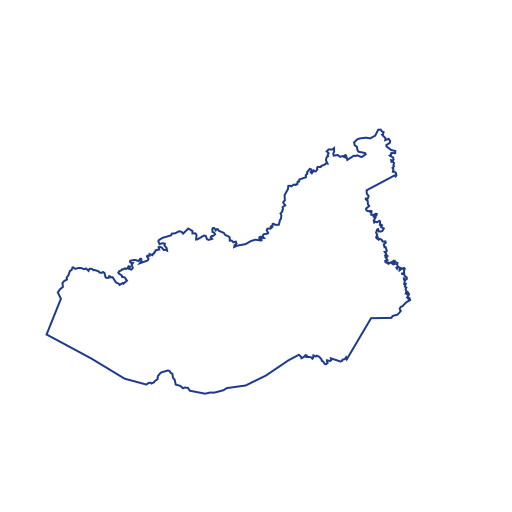 Cavally, Cavally, Ivory Coast (Mercator projection), rotated 119°
{"feature_id": "98640826B42717034718743", "entity_name": "Cavally", "entity_type": "district", "adm_level": 2, "iso_a3": "CIV", "parent_name": "Ivory Coast", "parent_adm1": "Cavally", "projection": "mercator", "projection_center": [-7.871, 6.299], "detail": "fine", "context": "isolated", "style": "outline", "palette": "blue", "viewbox_px": 512, "rotation_deg": 119, "n_neighbors": 0, "source": "geoboundaries", "source_scale": "gbopen_adm2", "svg_char_len": 6144}
<svg xmlns="http://www.w3.org/2000/svg" viewBox="0 0 512 512"><g transform="rotate(119 256 256)"><path d="M219.8,99.8L219.1,100.6L220.1,100.7L220.2,101.3L218.7,102.1L219.2,102.7L219.0,103.7L216.5,103.6L216.2,105.3L215.1,103.9L214.7,104.3L213.9,106.1L215.3,107.0L214.3,107.2L212.5,109.1L210.7,109.2L210.6,111.0L207.8,111.5L208.6,112.8L205.9,113.6L204.3,115.7L203.8,115.7L204.3,113.6L203.0,113.0L201.7,113.7L201.4,116.3L200.0,117.5L200.9,119.5L200.6,119.8L198.9,118.3L196.5,119.7L195.0,119.7L194.7,120.7L195.4,121.4L195.9,120.7L196.1,122.3L198.9,123.5L197.6,124.2L197.3,123.1L196.4,123.5L196.6,126.1L197.6,126.8L198.6,126.6L198.1,127.5L196.7,126.6L195.1,128.4L193.5,128.9L193.9,132.0L193.1,132.2L193.3,133.3L194.8,133.7L195.7,130.8L196.8,131.9L196.7,132.9L196.3,134.1L195.5,133.8L195.3,134.3L198.3,136.2L197.6,136.9L198.6,137.4L198.4,138.5L197.0,139.3L197.9,139.8L199.3,139.0L197.7,140.6L195.7,139.2L194.3,142.1L193.3,141.0L192.3,140.9L192.0,141.3L192.6,143.2L191.1,143.1L190.0,145.4L189.0,144.1L188.1,144.1L185.3,147.1L186.0,147.9L183.8,149.9L181.6,148.9L180.5,149.9L182.0,152.3L181.0,153.6L180.9,156.0L182.3,156.6L181.9,158.2L180.9,158.3L180.3,159.1L181.8,159.4L181.5,159.9L178.6,160.3L177.5,162.2L174.2,162.9L173.3,162.2L175.0,160.5L173.9,158.5L172.8,157.6L169.9,157.6L170.1,160.5L169.8,161.0L168.1,160.6L167.8,161.2L168.7,162.7L165.7,164.1L165.4,165.1L167.9,166.6L168.0,168.0L169.4,168.8L169.0,169.2L168.1,168.4L168.3,169.9L167.8,170.3L164.5,170.1L164.6,172.2L163.6,172.3L162.3,170.3L160.7,170.8L161.0,171.7L163.3,173.2L164.0,175.3L160.7,176.8L161.1,177.8L162.6,177.1L161.7,178.2L162.7,180.6L162.0,182.3L161.0,182.7L157.4,181.2L156.5,183.2L153.8,184.9L153.1,187.7L152.5,187.8L151.7,186.1L149.0,186.5L147.7,189.4L144.9,191.1L118.4,173.9L118.8,172.5L117.4,172.3L115.5,173.9L115.2,176.1L115.9,177.1L113.2,178.1L112.8,179.3L110.7,178.8L110.0,179.8L107.6,180.4L107.3,182.0L108.0,183.2L106.7,184.3L106.1,182.5L104.8,182.5L103.4,183.9L103.3,187.7L102.0,187.0L100.4,187.6L98.5,184.1L96.6,185.1L97.8,189.1L96.9,195.0L95.8,195.8L92.1,193.8L90.4,194.4L89.2,196.8L92.0,199.1L90.2,199.9L88.8,204.5L87.8,203.9L85.8,204.5L86.0,206.3L85.0,208.2L85.7,209.4L86.3,210.3L93.0,210.1L97.8,213.2L99.1,217.0L102.7,222.0L104.7,223.9L109.1,225.3L111.4,223.2L111.5,220.7L114.0,218.8L115.1,217.0L113.1,210.6L113.8,209.4L117.7,211.2L118.4,212.0L118.9,216.4L120.1,217.1L120.9,219.1L127.7,222.7L124.4,226.0L124.4,226.7L125.8,227.6L126.6,226.7L126.8,228.9L128.5,230.6L128.1,233.5L130.5,236.6L129.2,238.0L126.8,238.3L123.8,240.0L125.8,240.8L127.6,244.1L130.2,244.9L130.9,242.3L133.1,242.3L133.7,241.3L135.4,242.1L138.3,241.3L140.5,238.2L141.3,239.9L142.6,240.1L145.7,242.6L146.9,242.6L148.1,245.2L149.6,245.3L150.6,244.3L153.0,244.8L153.5,245.3L153.2,247.0L156.6,247.3L156.1,248.9L154.4,248.8L153.5,249.4L153.7,251.2L158.1,251.9L159.2,251.0L161.1,251.7L162.9,250.5L168.1,255.2L169.9,254.4L170.8,255.6L173.2,254.7L173.9,255.7L174.7,255.7L175.3,257.7L178.0,258.8L178.0,260.2L179.0,261.7L182.1,260.5L188.9,260.5L193.4,257.7L195.0,258.3L196.1,258.1L197.5,255.0L200.4,256.4L202.1,255.1L203.1,255.2L204.4,254.5L206.9,255.2L208.3,253.4L211.5,252.2L212.6,252.5L217.6,251.2L219.4,254.2L219.3,256.4L219.9,257.0L222.4,255.9L222.6,257.2L223.5,257.2L224.2,256.2L225.1,256.7L226.4,259.1L227.5,259.4L228.4,259.0L229.9,256.5L230.6,256.6L233.3,259.8L234.6,260.0L235.6,259.7L236.4,257.8L236.9,258.7L236.9,261.3L237.8,262.1L238.9,261.7L238.9,259.8L239.3,258.8L240.0,259.0L242.0,264.4L245.4,267.7L250.7,270.9L256.1,277.5L258.7,279.4L257.3,279.9L254.5,279.2L253.2,280.7L255.0,282.4L254.3,284.7L255.3,286.4L252.6,287.9L252.2,289.1L252.5,293.2L251.4,295.4L252.0,300.7L251.1,302.2L251.5,303.3L253.1,303.6L251.8,306.1L252.5,307.3L253.8,307.2L256.1,305.6L255.8,303.9L256.9,302.3L259.2,303.2L260.2,304.6L261.5,304.7L262.2,302.7L264.8,305.1L265.1,307.0L262.9,309.5L263.2,311.3L270.0,315.4L270.6,316.4L266.6,318.1L265.9,319.1L265.6,320.1L267.1,322.5L264.9,323.8L264.9,328.6L271.8,330.6L271.0,332.5L271.5,335.1L275.4,337.8L277.3,340.5L279.1,340.3L285.5,346.6L289.3,348.7L290.4,348.6L292.3,346.3L289.9,343.5L289.4,341.7L291.1,341.2L292.4,338.0L294.4,336.4L294.5,338.3L295.5,339.7L294.4,342.1L294.5,344.8L295.5,345.5L297.2,343.8L299.7,346.6L300.9,346.2L302.3,346.8L303.1,346.4L304.3,347.2L305.5,347.0L305.9,350.0L307.4,349.2L308.4,351.2L309.3,351.1L310.3,348.8L312.1,348.5L313.3,349.3L318.7,354.1L315.8,353.8L314.2,355.0L314.5,355.9L317.4,356.3L318.0,359.9L321.1,363.7L322.3,363.3L322.6,361.6L321.9,360.3L324.2,360.4L326.0,358.1L327.0,358.0L328.4,358.5L328.8,360.6L326.5,361.0L326.7,362.4L329.6,362.7L330.4,363.6L330.3,364.6L331.9,365.5L332.8,366.8L333.8,366.8L335.5,368.2L337.3,368.4L337.8,367.6L338.1,363.9L339.2,363.1L338.4,360.5L340.1,356.9L343.3,358.1L343.8,358.8L344.5,358.6L344.5,359.6L347.4,361.3L346.8,362.1L347.0,365.7L344.1,371.1L345.0,372.3L344.5,374.0L345.1,374.7L346.4,374.2L347.7,376.3L347.5,377.3L344.3,380.3L344.2,382.1L345.6,382.9L346.3,384.8L345.7,386.4L346.6,390.7L347.2,391.2L346.8,393.2L347.9,395.4L350.2,395.3L349.3,398.6L350.9,399.9L351.3,403.2L352.7,405.6L354.9,407.9L354.6,410.5L355.0,410.9L357.8,410.5L359.2,411.5L363.8,410.7L366.6,411.2L368.2,409.9L370.8,411.6L373.2,412.2L376.8,409.9L380.1,411.3L383.9,411.7L388.0,405.9L426.2,401.1L425.5,350.2L427.0,311.5L421.6,289.6L419.1,288.4L417.9,286.7L418.2,285.6L416.0,284.0L414.8,284.0L411.5,282.4L408.7,283.6L404.9,282.9L403.5,282.2L398.8,277.5L398.5,275.8L399.5,274.2L399.6,272.0L402.7,269.6L403.7,267.1L407.4,263.9L406.3,259.2L407.1,255.7L405.6,254.6L404.4,251.6L405.9,248.5L401.1,233.8L397.6,229.8L395.7,226.2L389.2,219.4L385.7,217.5L374.3,202.3L355.8,189.4L331.6,177.1L321.6,170.6L322.3,167.7L323.4,166.7L321.6,165.4L318.7,164.6L318.5,163.3L319.9,162.9L318.4,160.3L317.9,158.2L318.5,156.9L317.5,156.6L315.1,157.6L314.9,154.9L313.7,154.5L313.5,151.9L314.6,148.6L315.8,147.6L315.6,146.7L317.1,143.3L316.8,142.3L314.8,141.5L313.9,142.9L312.7,143.3L312.0,140.3L310.5,139.7L309.2,140.9L307.3,130.9L305.8,129.8L304.8,130.1L303.1,128.3L300.9,128.1L302.3,126.5L254.6,125.2L244.5,107.6L242.2,107.4L238.7,103.8L233.9,102.7L232.7,104.7L230.5,104.8L229.0,103.6L223.8,102.2L219.8,99.8Z" fill="none" stroke="#1e3a8a" stroke-width="2"/></g></svg>